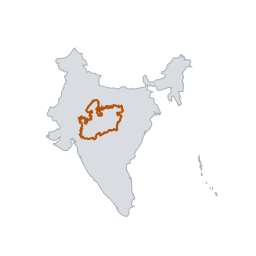 India, with Madhya Pradesh highlighted, rotated 342°
{"feature_id": "IND-3261", "entity_name": "Madhya Pradesh", "entity_type": "State", "adm_level": 1, "iso_a3": "IND", "parent_name": "India", "parent_adm1": "", "projection": "robinson", "projection_center": [78.282, 23.967], "detail": "fine", "context": "in_parent", "style": "outline", "palette": "amber", "viewbox_px": 256, "rotation_deg": 342, "n_neighbors": 0, "source": "natural_earth", "source_scale": "10m", "svg_char_len": 9159}
<svg xmlns="http://www.w3.org/2000/svg" viewBox="0 0 256 256"><g transform="rotate(342 128 128)"><path d="M47.8,110.4L50.9,109.7L51.2,107.5L56.9,108.4L60.7,106.9L61.9,108.0L63.8,106.9L61.7,98.8L59.6,98.5L58.7,97.2L59.0,93.4L55.5,91.9L55.8,89.4L60.6,83.6L62.7,85.7L68.7,84.0L71.3,79.0L74.4,77.2L77.1,71.4L79.4,70.3L79.9,68.1L84.0,64.3L83.4,63.3L83.6,59.3L87.8,56.7L87.3,55.7L84.4,54.9L84.3,53.2L82.6,53.1L82.3,51.7L80.7,50.4L81.6,48.4L80.6,47.0L82.1,45.6L80.3,44.7L80.7,43.7L79.7,42.8L80.6,41.0L82.5,40.3L90.0,42.0L94.8,40.5L101.2,35.6L102.5,35.7L102.3,37.2L104.0,41.3L107.5,43.3L106.2,45.1L106.6,48.4L108.4,50.6L108.9,54.9L107.2,55.8L106.1,54.2L104.4,54.7L106.2,58.4L106.3,62.4L108.3,61.9L110.4,64.6L113.9,65.9L114.2,67.3L118.7,69.9L115.4,72.7L113.6,78.5L123.4,84.6L127.9,85.9L128.2,86.9L131.3,87.8L135.7,87.1L138.5,88.3L139.0,90.0L142.0,91.8L143.8,91.2L145.1,92.8L157.2,94.2L158.1,92.0L157.1,89.4L157.8,84.1L160.2,83.2L161.4,83.7L161.2,86.9L162.0,88.2L161.2,89.1L163.5,91.4L166.9,92.1L170.1,90.9L172.3,91.7L179.2,91.2L179.6,88.4L176.8,86.6L177.0,85.3L182.0,84.6L185.7,79.7L188.4,79.1L193.0,75.4L197.3,77.1L200.7,74.5L202.5,75.8L201.3,76.8L201.4,77.9L203.0,77.0L203.9,78.9L202.3,81.1L204.1,80.8L208.1,82.4L208.2,84.2L205.8,86.4L207.2,89.5L205.1,88.1L202.1,88.5L196.5,92.8L196.6,96.4L193.7,101.0L194.5,102.8L191.5,110.3L187.0,109.1L187.4,115.1L186.3,115.7L186.4,120.9L185.1,122.4L184.0,121.5L183.2,122.5L181.1,111.5L179.4,111.5L177.7,116.1L176.7,114.6L176.0,115.3L175.2,112.2L176.2,108.9L179.0,108.2L180.2,106.9L180.8,103.8L182.2,103.4L179.8,102.0L170.9,102.1L167.6,101.2L167.4,97.0L166.5,95.3L165.9,96.6L164.9,96.6L162.9,94.0L161.9,95.0L159.3,93.0L159.7,94.3L157.8,97.4L162.7,101.4L160.0,101.9L157.6,105.5L161.5,107.7L160.8,111.6L161.7,114.3L162.8,114.7L163.7,124.6L162.6,124.0L162.0,125.0L161.3,121.6L161.1,124.5L159.4,123.9L158.5,124.7L158.9,121.5L157.4,119.9L158.7,121.6L157.5,123.5L152.8,125.6L151.5,127.3L152.2,130.7L151.0,133.2L148.9,135.2L148.2,134.9L148.0,135.9L144.5,137.2L144.1,135.9L142.7,136.8L142.3,137.8L143.7,137.6L140.0,140.8L136.3,146.2L126.6,153.9L126.1,157.3L123.3,158.8L120.6,158.7L118.9,162.5L117.1,161.6L115.1,162.8L113.7,166.9L115.2,177.1L114.3,175.6L113.8,176.3L115.4,177.9L111.8,191.0L112.6,191.8L112.6,197.4L109.6,197.8L107.5,202.3L108.0,203.8L110.2,204.7L107.7,204.2L104.6,205.2L103.3,206.6L102.5,209.9L99.5,211.8L96.9,210.3L94.0,206.5L92.7,203.0L92.3,199.9L93.5,202.5L92.9,200.0L89.4,190.7L85.0,183.0L81.9,170.6L79.4,166.9L78.8,163.1L78.0,162.8L76.1,158.0L73.6,143.9L74.3,141.5L74.1,140.6L73.4,141.8L73.2,141.1L73.3,139.7L74.2,139.9L73.1,139.3L72.5,136.3L73.8,130.9L72.3,126.4L72.9,125.8L72.3,125.8L75.1,124.0L71.9,124.3L72.8,122.5L71.8,122.5L72.0,121.3L73.4,120.9L69.9,120.6L70.4,121.8L69.1,123.5L70.3,125.4L68.9,127.8L63.4,130.5L60.4,129.8L52.1,120.5L52.6,119.5L53.8,120.5L58.8,118.7L60.6,115.4L56.0,117.5L53.6,116.9L50.4,114.7L49.2,112.3L51.2,110.5L48.1,112.1L47.8,110.4ZM185.3,189.6L184.2,187.4L185.6,185.2L185.9,177.9L187.0,176.7L186.1,180.6L186.7,183.2L186.0,183.8L185.3,189.6ZM191.8,217.2L191.8,220.4L190.9,218.7L191.8,217.2ZM184.1,195.9L183.4,196.0L183.2,194.6L184.1,193.7L184.1,195.9ZM189.2,212.2L189.1,213.1L189.0,212.3L189.2,212.2ZM190.1,211.0L189.8,212.2L189.9,210.9L190.1,211.0ZM191.0,216.1L190.7,217.1L190.5,216.7L191.0,216.1ZM185.9,204.8L185.4,204.8L185.7,204.3L185.9,204.8ZM185.1,190.1L184.6,190.6L184.8,189.8L185.1,190.1ZM186.9,186.4L187.1,187.3L186.5,186.6L186.9,186.4ZM187.9,210.7L187.4,210.6L187.6,210.1L187.9,210.7ZM185.2,180.5L184.9,181.5L185.1,180.4L185.2,180.5Z" fill="#d9dde1" stroke="#a8b0b8" stroke-width="1"/><path d="M104.0,91.1L105.3,91.8L106.1,91.5L106.3,91.6L106.6,91.7L107.0,92.1L107.3,92.1L107.5,92.8L108.0,93.6L108.0,94.2L108.1,94.4L107.9,94.8L107.4,95.0L107.5,95.4L107.3,95.5L107.5,96.0L106.7,97.7L106.3,98.0L106.2,98.3L106.4,98.9L105.3,99.4L104.3,99.5L104.1,100.1L103.6,100.5L104.3,101.9L104.0,103.1L103.2,103.9L103.5,104.4L103.7,105.5L103.5,106.2L103.8,106.6L104.2,106.9L104.1,107.2L104.2,107.5L104.6,107.5L104.8,106.9L105.9,107.6L106.4,107.7L106.4,108.0L106.7,108.1L107.6,106.8L107.6,106.5L107.3,106.4L107.3,106.1L107.0,105.5L106.8,105.3L106.3,105.4L106.2,105.3L106.3,104.8L106.2,104.0L105.8,103.5L105.6,102.4L105.4,101.7L105.1,101.3L105.4,100.7L105.8,100.4L106.3,100.8L106.4,100.3L106.2,100.1L106.2,99.9L106.5,99.7L106.7,100.3L106.8,100.4L107.0,99.8L107.2,99.6L107.3,99.8L107.3,100.2L107.5,100.2L107.5,100.3L107.4,101.1L107.0,101.5L107.1,101.9L107.7,101.5L107.7,101.3L108.0,101.4L107.8,101.7L107.9,102.0L108.4,101.8L108.5,102.1L108.7,101.9L109.3,102.0L109.4,101.9L109.2,101.2L109.5,100.7L109.5,100.8L109.4,101.3L109.5,101.5L109.7,101.3L110.2,101.2L109.6,102.1L109.6,102.4L109.7,102.6L109.9,102.6L110.0,102.2L110.3,102.4L110.8,101.9L111.3,102.1L112.0,102.1L112.5,102.1L112.4,101.6L112.5,101.5L112.8,101.4L113.8,100.7L114.0,100.8L114.4,100.4L114.8,100.4L115.0,100.6L115.1,101.2L115.5,101.5L115.6,101.9L115.0,102.5L114.8,102.5L114.8,102.8L114.9,103.0L115.5,103.0L115.5,102.7L115.8,103.0L116.1,102.7L115.9,102.6L115.8,102.3L116.3,102.4L116.4,102.1L116.8,102.6L117.2,102.5L117.3,102.4L117.0,102.1L117.6,102.0L117.7,101.7L117.9,101.7L118.0,101.9L117.5,103.2L117.7,103.3L118.3,103.2L118.5,103.4L118.8,103.3L119.4,103.7L119.5,103.4L119.8,103.3L119.8,103.0L120.1,102.5L120.1,102.0L120.8,102.1L120.8,102.4L121.1,102.4L121.4,102.3L121.1,102.0L121.8,101.8L122.0,102.5L122.7,102.7L123.0,102.9L123.5,102.9L123.6,103.2L123.6,103.5L124.1,103.9L124.5,104.0L125.0,104.3L125.5,104.1L125.5,104.6L125.8,104.4L125.8,104.9L126.1,105.0L126.0,105.4L126.6,105.4L126.7,104.9L127.6,105.1L128.3,104.9L128.3,105.1L128.6,105.2L128.9,105.7L128.8,105.9L128.5,105.8L128.4,106.0L128.4,106.8L128.6,106.9L128.6,107.4L128.4,108.1L128.1,108.3L128.4,108.8L128.4,109.1L128.8,109.5L128.7,109.9L128.1,110.2L127.9,110.5L127.1,111.0L124.8,110.8L124.4,110.6L124.0,110.5L123.3,110.8L122.6,110.2L122.3,110.4L122.6,111.4L122.5,111.8L122.3,111.9L122.1,112.3L122.3,112.8L123.1,112.4L124.0,112.7L124.6,113.6L125.0,113.6L125.4,113.9L125.3,115.0L125.1,115.3L124.8,115.3L124.1,115.7L124.1,116.3L123.2,117.0L123.1,118.1L122.6,118.4L122.4,118.8L121.9,119.0L121.2,119.5L120.9,119.2L120.2,119.5L120.0,119.3L119.8,119.4L119.6,119.8L119.5,120.5L119.1,121.0L119.0,121.5L118.8,121.6L118.9,121.9L118.8,122.0L118.5,121.7L118.4,121.8L118.0,122.7L117.9,123.6L117.7,123.9L117.5,124.0L117.4,125.7L117.1,126.5L116.8,126.7L116.0,126.2L115.6,126.2L115.7,125.9L115.6,125.7L115.2,125.4L115.1,125.1L114.4,124.7L113.4,125.3L113.2,125.2L112.5,125.4L112.3,125.1L112.0,125.0L111.5,125.0L110.9,125.3L110.7,124.8L110.5,124.5L109.2,124.2L109.0,124.6L107.5,125.0L107.3,125.1L107.4,125.3L107.3,125.5L106.7,125.6L105.7,125.7L105.0,125.4L104.6,125.5L104.5,124.9L104.3,124.8L103.9,125.0L103.3,125.2L102.7,125.8L101.7,126.2L101.1,126.1L100.6,126.4L100.2,126.2L99.8,126.3L99.6,126.1L99.4,126.3L99.1,125.6L99.1,125.3L99.9,125.3L99.7,124.2L99.3,123.8L98.5,123.8L97.9,124.3L97.7,124.1L97.3,124.1L96.8,124.3L96.2,124.8L95.6,124.9L95.4,125.7L95.1,126.2L94.6,126.5L94.7,127.2L94.6,127.4L93.9,127.6L93.4,128.2L92.7,128.3L92.0,128.2L91.7,127.8L91.7,127.7L91.9,127.5L91.8,127.0L91.6,126.4L90.4,126.2L88.4,126.4L86.7,126.2L86.3,126.0L85.9,125.3L85.6,125.1L84.8,124.8L83.9,124.9L82.9,124.2L82.7,123.6L82.7,122.7L82.3,122.2L81.4,122.8L80.7,122.7L80.8,121.9L80.4,121.0L80.3,120.3L80.5,120.1L80.8,120.3L81.1,120.2L81.4,119.9L81.1,119.7L80.6,119.7L80.2,119.3L80.2,119.1L80.9,119.1L81.5,118.4L82.1,118.2L82.6,117.1L82.4,116.8L82.0,116.7L81.8,115.7L82.2,115.5L82.7,115.5L84.0,114.8L83.7,114.5L83.0,114.3L83.0,114.1L83.2,113.6L83.6,113.2L84.8,112.5L85.3,111.6L85.1,110.4L85.5,109.2L85.1,108.7L84.9,108.0L84.7,107.8L84.1,107.8L84.3,107.2L84.8,106.7L84.7,106.5L84.1,106.3L84.1,106.1L84.5,105.2L84.4,104.8L84.4,104.5L84.6,104.8L85.0,105.2L85.4,105.1L85.5,104.5L84.7,104.4L84.6,103.5L84.9,103.5L85.6,103.9L85.9,103.7L86.2,103.7L86.2,103.2L86.4,102.8L87.4,102.7L87.3,103.1L87.4,103.5L87.0,103.5L87.3,103.8L87.8,103.7L87.9,103.8L87.6,104.1L87.3,104.1L86.7,103.8L86.8,104.2L86.6,104.5L86.7,104.8L88.1,105.0L89.2,104.8L89.8,104.5L90.1,104.9L90.1,105.2L90.5,105.6L90.5,106.3L90.3,106.5L89.9,106.3L89.7,106.8L89.8,107.3L90.1,107.6L89.8,108.4L90.1,108.9L89.7,109.5L89.4,109.3L89.1,109.5L88.6,109.2L88.3,109.6L88.4,110.0L88.8,110.3L88.9,110.7L89.5,110.9L89.6,110.4L89.7,110.0L90.0,110.3L91.1,109.7L91.1,109.3L91.8,108.6L91.9,107.5L92.1,107.2L92.2,107.5L92.4,107.7L93.7,107.8L94.0,108.2L94.4,107.7L94.8,107.5L94.8,108.0L95.4,108.5L95.9,108.4L96.1,108.0L95.7,107.3L95.6,105.9L96.0,105.9L96.1,106.3L96.3,106.3L96.9,106.0L97.0,105.8L96.8,105.0L96.5,104.7L95.9,104.6L95.5,104.2L96.1,103.8L95.9,103.0L96.0,102.8L96.7,102.5L97.8,102.2L98.5,102.4L98.8,102.2L98.9,101.7L98.7,101.3L98.7,101.0L98.6,100.7L98.7,100.4L98.5,100.2L98.3,100.2L98.0,100.4L97.7,100.9L97.2,100.8L96.3,101.1L96.0,100.9L95.5,100.9L95.1,100.7L94.8,100.6L94.5,100.3L94.2,100.1L94.1,99.5L93.8,98.4L94.0,98.3L94.1,97.9L94.7,97.2L95.3,97.1L96.2,96.0L96.7,95.8L96.8,95.5L97.2,95.5L97.4,95.1L97.9,95.1L98.6,94.3L99.0,94.3L99.2,94.0L99.6,94.0L100.1,93.5L100.7,93.4L101.3,92.9L101.2,92.8L101.6,92.6L101.7,92.4L102.3,92.2L102.7,92.3L102.8,91.5L103.1,91.6L103.2,91.4L103.6,91.4L103.8,91.2L104.0,91.1Z" fill="none" stroke="#b45309" stroke-width="2"/></g></svg>